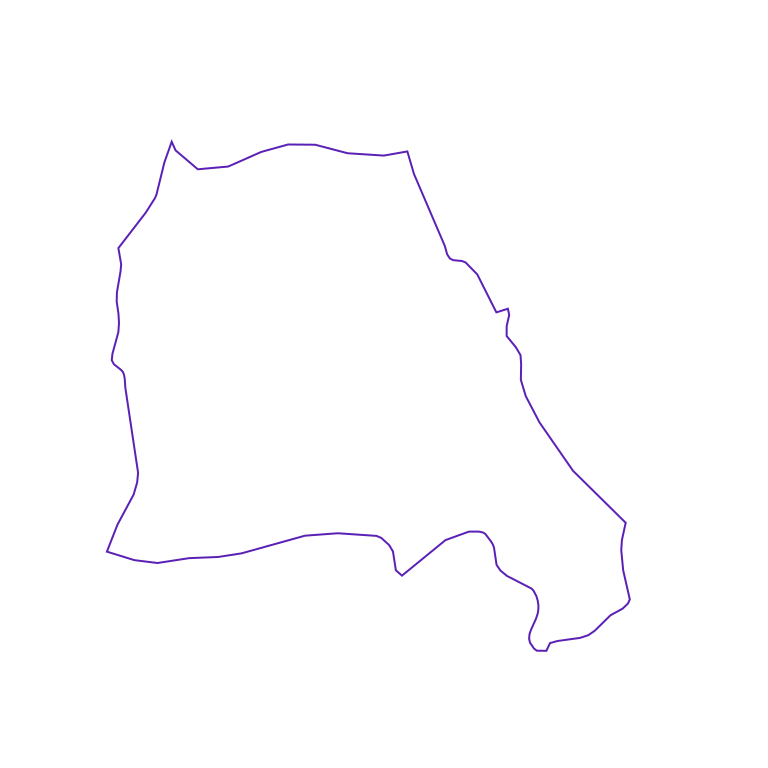 Ararat, Albers equal-area conic projection, rotated 194°
{"feature_id": "ARM-1671", "entity_name": "Ararat", "entity_type": "Province", "adm_level": 1, "iso_a3": "ARM", "parent_name": "Armenia", "parent_adm1": "", "projection": "albers", "projection_center": [44.713, 39.934], "detail": "fine", "context": "isolated", "style": "outline", "palette": "violet", "viewbox_px": 768, "rotation_deg": 194, "n_neighbors": 0, "source": "natural_earth", "source_scale": "10m", "svg_char_len": 1507}
<svg xmlns="http://www.w3.org/2000/svg" viewBox="0 0 768 768"><g transform="rotate(194 384 384)"><path d="M648.6,567.7L642.8,560.3L616.6,547.3L587.8,557.3L559.5,579.3L555.0,581.9L535.0,593.2L508.7,599.5L475.1,599.1L439.4,605.6L417.6,615.3L405.7,595.0L358.5,532.8L354.1,525.1L350.4,521.7L346.7,520.9L338.1,522.2L334.3,521.7L320.0,512.9L292.3,480.7L282.0,487.0L279.2,481.2L279.0,470.0L276.6,460.2L265.0,451.6L258.5,445.0L255.7,436.3L252.2,421.1L243.5,406.5L223.9,384.4L179.6,345.5L115.9,307.8L115.9,307.6L115.9,306.8L115.4,290.2L113.6,280.2L106.9,261.2L93.4,234.5L94.2,230.0L98.1,223.8L108.3,214.4L119.8,195.6L125.0,189.7L132.3,185.1L153.3,176.7L160.2,172.8L161.9,164.4L171.2,162.2L174.5,163.6L179.8,168.4L181.6,172.0L182.3,176.6L181.9,181.1L179.7,193.2L179.3,198.9L179.7,202.4L180.6,206.6L182.4,210.9L184.8,215.0L187.6,218.2L189.5,220.1L191.4,221.2L218.2,227.5L225.8,231.1L231.0,235.7L237.7,251.9L239.4,254.4L241.8,256.9L249.5,263.1L252.2,263.9L256.5,263.7L265.9,261.3L286.6,247.4L320.2,202.4L327.4,206.1L334.8,223.7L340.1,229.0L349.4,234.0L354.6,234.8L392.7,228.0L424.0,217.7L481.3,185.2L503.2,176.0L530.9,167.9L560.5,155.5L583.7,152.7L612.3,154.3L608.6,183.0L600.2,216.1L599.7,228.7L601.1,238.3L634.0,317.6L636.9,326.5L638.5,330.1L640.3,332.5L642.4,334.0L650.8,337.8L653.9,341.2L654.8,347.6L654.3,370.1L655.9,379.1L658.6,387.8L663.3,399.3L665.3,408.2L666.9,429.7L668.0,436.6L674.6,451.6L656.6,492.7L651.2,509.0L650.6,512.5L650.7,545.8L648.6,567.7Z" fill="none" stroke="#5b21b6" stroke-width="2"/></g></svg>